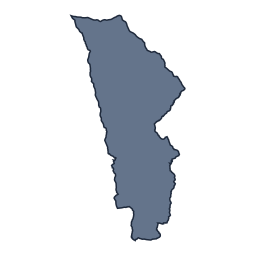 Costesti, Vâlcea, Romania (Mercator projection)
{"feature_id": "2599482B34648499423542", "entity_name": "Costesti", "entity_type": "district", "adm_level": 2, "iso_a3": "ROU", "parent_name": "Romania", "parent_adm1": "Vâlcea", "projection": "mercator", "projection_center": [24.049, 45.22], "detail": "fine", "context": "isolated", "style": "filled", "palette": "slate", "viewbox_px": 256, "rotation_deg": 0, "n_neighbors": 0, "source": "geoboundaries", "source_scale": "gbopen_adm2", "svg_char_len": 5868}
<svg xmlns="http://www.w3.org/2000/svg" viewBox="0 0 256 256"><path d="M156.4,238.8L156.6,238.4L157.0,238.4L159.4,237.2L160.1,236.4L160.3,235.6L160.2,234.4L159.7,233.4L158.9,233.1L158.9,232.3L157.6,231.0L157.0,229.7L156.6,229.7L156.7,228.1L157.2,227.4L157.4,226.8L157.4,226.3L157.9,224.5L157.9,223.8L158.2,223.3L158.0,223.1L159.6,223.1L162.4,224.0L163.4,223.8L163.2,223.4L163.4,223.0L164.0,222.8L164.9,223.0L165.5,222.8L165.7,223.0L167.0,222.8L167.3,221.5L168.4,219.9L168.5,218.9L168.8,218.2L168.6,216.8L169.8,216.0L170.4,215.1L169.4,212.6L169.9,210.4L169.8,209.7L169.3,209.0L169.6,208.1L170.0,207.8L170.0,206.5L170.2,204.4L171.1,203.3L171.1,202.8L170.6,201.6L170.1,201.0L169.7,199.1L169.9,197.9L170.5,197.2L170.8,196.3L170.7,194.8L171.2,193.5L171.0,193.1L171.1,192.2L170.9,191.8L171.4,191.3L171.5,190.4L172.2,189.4L173.3,188.6L173.9,187.8L174.2,185.7L174.9,184.9L175.3,183.6L173.9,182.1L173.7,181.7L174.6,180.3L175.2,179.9L175.1,179.1L174.4,177.2L174.9,176.2L174.8,175.5L174.1,174.2L172.3,172.6L171.6,172.2L171.4,171.4L170.2,170.7L170.1,169.9L170.2,168.9L169.9,168.5L170.0,167.0L169.7,165.7L170.5,164.5L170.2,164.1L170.6,163.9L169.8,163.2L170.9,163.2L171.1,163.5L171.6,162.7L171.3,161.2L172.3,161.3L172.4,161.0L171.8,160.4L172.1,160.1L172.0,159.2L175.3,158.1L175.7,157.2L176.1,156.8L178.2,155.8L178.7,155.7L179.4,154.2L178.9,153.4L178.5,151.8L178.2,151.2L177.2,150.3L175.4,149.7L174.0,149.5L173.8,148.7L173.2,148.4L172.9,147.9L172.6,146.6L171.5,145.7L170.4,145.2L168.9,141.2L168.6,139.8L168.0,139.0L167.9,138.4L167.0,136.7L165.9,137.2L165.3,137.3L165.0,138.1L164.1,138.9L163.2,139.2L162.3,139.1L161.1,138.6L159.6,137.0L159.1,136.4L158.9,135.5L157.9,134.9L157.7,134.1L157.1,133.0L156.5,132.5L155.7,132.1L155.0,131.4L155.1,131.0L154.7,130.0L154.9,129.5L155.2,129.2L155.3,127.7L154.4,123.9L156.1,122.3L156.5,121.6L157.0,121.6L157.7,121.1L158.7,120.8L158.7,120.5L159.1,120.6L159.8,120.2L160.1,119.6L160.8,119.1L161.7,117.8L161.9,116.7L162.1,116.5L162.7,116.1L163.2,116.3L165.3,113.8L166.2,113.4L166.8,112.7L167.0,111.9L167.9,111.3L169.3,110.8L169.8,110.4L170.4,109.6L170.2,108.8L170.7,108.2L170.8,106.0L171.2,105.6L172.1,105.5L172.3,105.0L172.6,104.8L172.6,104.4L173.4,103.9L173.3,103.5L173.6,102.9L173.9,102.6L173.5,102.3L174.3,101.5L174.1,100.6L175.4,99.6L176.0,98.7L176.5,98.5L177.6,97.8L178.3,97.6L178.6,97.0L179.1,96.7L179.0,96.3L179.2,95.9L179.7,95.6L179.7,95.1L180.2,94.8L179.9,94.0L180.2,94.0L180.2,93.5L180.6,93.2L180.4,92.9L180.8,92.5L180.9,92.0L181.9,91.0L183.6,90.3L183.9,89.8L184.5,89.5L184.9,88.7L184.7,88.0L184.0,87.4L181.9,84.5L181.0,82.2L180.2,81.3L179.0,79.1L178.4,78.5L177.7,77.0L176.8,76.4L175.7,76.6L173.7,76.2L173.4,75.9L173.4,75.1L173.0,74.6L172.4,72.9L172.0,72.2L171.5,71.8L169.6,71.0L166.4,68.1L164.9,67.1L164.8,66.6L165.0,65.6L164.7,63.9L165.0,63.2L164.7,62.3L163.3,59.3L162.5,59.1L161.7,58.4L161.5,57.7L161.3,56.2L160.5,55.3L159.4,53.6L157.9,53.5L156.1,52.5L155.6,52.0L154.4,51.5L151.8,52.2L150.8,52.1L150.3,51.6L147.2,50.3L146.8,49.3L146.0,48.2L145.1,46.5L144.7,44.9L144.6,43.7L144.7,43.1L144.5,42.7L143.3,41.6L141.7,39.3L139.5,38.5L137.7,37.3L136.5,36.3L135.2,34.6L133.3,33.1L130.1,31.6L129.2,30.5L127.1,25.8L126.6,23.8L125.9,22.3L125.2,21.6L124.4,21.3L122.4,19.9L121.5,16.7L120.9,15.9L119.6,15.4L119.1,15.4L117.1,16.1L116.3,16.8L114.5,17.5L111.2,19.4L108.4,19.8L106.8,20.2L104.8,19.7L103.6,19.9L102.3,20.4L101.0,21.3L100.4,21.5L99.3,21.1L98.1,20.1L96.8,19.8L95.2,20.1L93.4,19.9L87.8,17.5L84.8,17.8L82.2,17.7L81.0,17.2L76.9,17.0L75.8,16.6L73.2,16.4L71.1,15.7L72.5,18.3L74.9,20.2L74.9,21.5L76.3,26.9L78.8,29.4L79.7,31.4L82.0,33.3L82.2,33.2L82.7,35.0L83.8,37.7L83.8,39.3L84.2,40.1L84.4,40.9L85.3,41.7L85.4,43.4L86.3,44.7L86.3,45.8L87.1,47.0L87.4,48.5L88.2,49.8L89.9,50.4L90.4,51.2L89.5,53.0L89.2,53.9L88.7,57.2L87.7,59.9L87.8,60.9L88.2,62.3L88.5,62.9L89.6,63.9L90.0,64.9L90.4,67.9L90.5,69.0L90.3,69.9L90.5,70.3L90.5,71.2L90.5,71.7L90.1,72.4L90.1,75.0L90.2,75.7L90.8,77.1L91.6,78.2L91.7,80.6L91.4,81.1L91.5,81.5L92.5,82.6L93.7,83.8L93.7,86.1L94.2,87.4L95.0,89.0L95.6,92.7L95.3,94.7L95.4,95.5L97.1,99.3L98.5,101.6L98.7,103.6L98.7,105.3L99.1,106.1L99.1,106.8L100.4,107.8L100.6,108.5L100.8,110.4L100.8,111.6L100.3,113.0L100.1,115.3L100.6,116.8L101.3,117.8L101.3,120.6L103.2,123.6L103.6,124.9L103.7,126.1L104.2,127.5L105.7,127.9L106.3,128.9L106.3,130.4L106.8,131.2L106.9,132.0L106.4,132.9L106.6,133.8L106.2,135.1L106.0,137.2L105.0,139.3L104.8,140.4L107.7,147.3L107.6,148.3L107.7,149.0L108.0,149.5L107.9,150.4L108.1,150.9L108.1,153.1L108.3,153.6L108.6,153.9L109.5,153.8L110.0,154.6L111.0,155.4L113.2,156.3L114.4,157.7L115.3,158.1L115.7,157.7L115.9,157.9L115.9,158.2L115.2,159.0L115.3,159.6L114.7,160.4L114.3,160.6L114.0,160.2L113.5,160.1L113.9,160.6L113.5,161.2L113.8,161.5L113.8,162.1L114.2,163.5L112.3,164.7L111.6,165.6L112.2,166.7L112.3,167.8L113.1,167.9L113.5,168.6L113.6,169.2L113.1,170.6L113.2,171.1L113.8,171.9L114.1,172.9L115.1,173.6L115.4,174.0L115.6,176.0L114.8,177.6L114.5,179.8L114.8,180.7L115.5,181.9L116.1,183.4L116.3,187.7L116.0,189.2L116.2,190.7L116.7,191.4L116.6,192.2L118.1,194.2L117.0,194.9L116.4,195.1L115.9,195.6L114.4,197.2L114.1,198.1L115.0,199.8L115.8,200.9L116.0,204.0L116.5,206.1L117.5,208.3L121.9,207.8L124.3,207.2L126.0,207.4L126.6,207.0L127.1,207.1L128.0,206.6L128.9,206.9L129.4,206.6L131.9,208.7L132.4,209.2L132.5,210.1L133.7,211.3L133.5,213.0L133.8,214.3L133.5,216.6L132.9,219.0L132.3,219.8L132.0,221.0L131.5,221.9L131.4,222.5L131.5,223.2L131.3,224.0L131.4,224.4L131.1,225.6L132.2,227.4L132.2,228.8L132.5,229.4L132.6,230.4L132.5,231.4L132.2,231.9L132.2,233.0L131.8,234.0L131.7,236.3L131.4,236.3L131.4,237.1L131.6,237.7L132.1,237.7L132.4,238.7L132.9,239.2L133.4,239.3L133.7,239.8L134.6,240.1L135.2,240.6L135.8,239.4L137.1,239.0L137.8,238.1L138.5,237.8L139.5,238.4L141.5,238.9L142.0,239.2L144.3,239.1L146.5,239.6L150.5,240.0L151.2,239.9L152.3,239.2L156.4,238.8Z" fill="#64748b" stroke="#1e293b" stroke-width="1.5"/></svg>